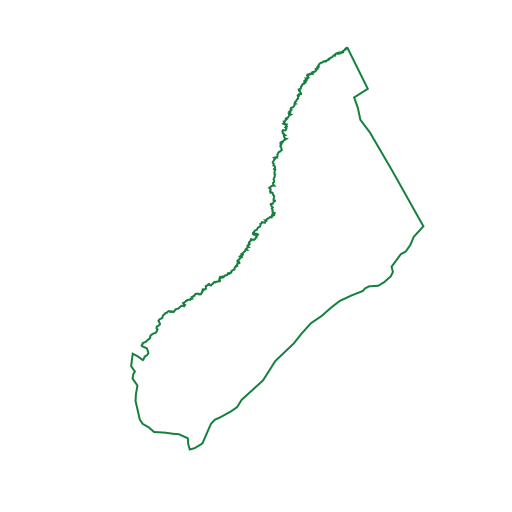 Gamboula, Mambéré-Kadéï, Central African Republic, rotated 61°
{"feature_id": "33826404B15620845480465", "entity_name": "Gamboula", "entity_type": "district", "adm_level": 2, "iso_a3": "CAF", "parent_name": "Central African Republic", "parent_adm1": "Mambéré-Kadéï", "projection": "equal_earth", "projection_center": [14.923, 4.351], "detail": "fine", "context": "isolated", "style": "outline", "palette": "green", "viewbox_px": 512, "rotation_deg": 61, "n_neighbors": 0, "source": "geoboundaries", "source_scale": "gbopen_adm2", "svg_char_len": 6125}
<svg xmlns="http://www.w3.org/2000/svg" viewBox="0 0 512 512"><g transform="rotate(61 256 256)"><path d="M374.3,410.0L382.4,404.0L387.7,406.5L393.1,407.7L394.3,403.0L394.0,393.8L380.9,376.7L379.2,371.2L379.7,366.7L379.8,353.7L379.0,345.7L374.8,338.3L368.2,310.2L357.2,290.0L350.8,265.4L346.1,254.1L341.4,240.5L340.3,227.8L337.5,215.1L335.9,204.6L336.8,191.7L338.4,179.5L337.2,176.5L337.4,171.7L341.3,163.5L341.0,156.3L339.1,147.9L336.3,144.0L331.1,142.6L324.6,128.4L324.7,122.9L321.2,115.7L315.7,108.7L311.2,95.2L248.5,95.5L203.0,96.5L187.5,98.7L176.1,95.2L164.9,93.3L164.0,77.2L118.4,75.1L118.2,75.8L117.8,76.1L118.2,77.4L118.7,77.2L118.9,77.5L118.7,78.2L119.0,80.1L119.7,80.7L119.0,81.0L119.2,81.8L119.8,81.9L119.7,82.8L119.1,83.2L119.7,83.9L119.0,85.7L118.6,85.5L118.9,86.3L118.4,86.6L118.1,87.4L117.8,87.0L117.7,87.4L118.2,89.8L118.6,89.4L119.1,89.6L118.3,91.2L119.1,93.4L118.7,94.4L119.0,96.0L118.8,96.6L119.4,96.6L119.6,97.3L119.2,99.8L119.8,100.2L119.6,101.0L118.9,101.3L118.6,102.9L118.9,103.2L118.9,104.5L118.4,105.5L119.0,108.3L119.5,108.6L120.0,109.7L120.2,109.1L121.0,109.4L121.2,110.7L121.7,111.0L121.6,111.8L121.9,111.7L121.6,113.2L122.0,113.2L121.9,112.5L122.3,112.7L122.3,113.4L122.9,113.5L123.3,114.8L122.9,116.1L123.2,116.3L122.8,116.9L123.3,117.4L122.6,117.8L123.1,118.8L123.7,118.7L123.1,119.4L123.5,120.1L123.1,120.8L123.2,121.4L122.8,121.3L122.9,122.5L122.4,122.6L122.4,123.1L122.9,123.9L125.5,123.6L125.6,124.3L125.1,125.0L125.2,125.8L124.9,126.3L125.9,126.2L126.1,127.5L126.8,126.5L127.1,127.0L126.8,127.5L127.2,127.9L127.2,128.5L127.7,128.1L128.4,128.7L128.0,130.1L128.8,130.8L128.4,131.9L128.7,132.8L129.5,133.5L129.6,134.4L131.3,135.6L131.1,137.9L132.3,138.3L133.2,137.5L135.0,138.2L135.7,137.7L136.3,138.2L135.3,140.0L135.7,141.6L136.3,141.5L136.0,140.5L136.8,140.9L137.0,142.0L138.1,142.8L138.7,142.8L139.1,144.8L140.1,145.7L140.2,147.4L141.2,148.0L142.0,147.6L141.7,148.7L143.1,149.5L143.9,151.7L143.4,153.4L143.9,154.1L144.8,154.7L145.4,154.3L146.0,157.1L146.7,156.5L147.1,157.6L147.7,156.8L148.0,156.9L148.1,158.3L148.6,158.3L149.0,159.1L148.8,158.1L149.2,157.5L149.2,159.0L150.5,161.1L150.1,162.8L150.4,163.4L151.3,163.1L151.4,164.2L152.4,165.7L152.0,166.4L152.9,166.5L153.4,168.1L154.0,167.7L154.1,167.0L154.8,167.0L155.0,166.1L155.8,166.0L156.0,165.5L156.8,166.6L157.7,166.4L157.8,167.9L159.0,167.4L160.1,168.5L160.3,169.3L159.6,170.9L159.0,171.4L159.6,172.4L160.4,172.7L161.5,173.0L162.3,172.4L163.0,172.9L164.5,171.9L164.3,173.3L166.1,173.8L167.3,173.6L168.3,172.6L168.4,176.0L169.0,177.3L168.5,178.0L168.8,179.8L169.1,179.9L169.0,179.3L169.5,178.5L169.8,180.0L170.1,180.2L170.6,179.8L171.0,180.8L171.5,180.8L172.0,181.6L172.8,181.3L175.9,182.1L176.0,183.7L176.4,184.6L176.1,185.4L176.6,186.5L177.7,188.2L178.8,188.5L180.2,189.9L179.0,191.3L178.9,192.4L179.6,191.9L180.3,192.2L180.6,193.4L182.4,196.1L184.1,195.8L185.2,196.8L185.4,196.5L187.0,196.1L188.1,196.6L188.7,198.0L189.7,197.2L191.2,198.9L192.7,199.8L193.7,199.7L193.9,200.3L195.3,200.8L197.2,203.3L199.7,204.0L200.2,204.6L200.3,205.7L201.7,206.2L203.2,206.0L202.6,206.7L202.7,207.3L202.3,208.6L202.7,209.5L202.6,210.8L202.9,211.5L204.9,210.8L206.3,212.5L207.8,212.6L207.8,211.5L208.9,210.9L210.9,211.4L212.3,211.0L215.4,213.5L216.3,213.7L216.7,212.6L217.1,212.7L217.0,213.8L218.4,216.1L217.6,217.7L217.8,218.1L220.5,218.2L221.7,217.8L222.3,219.2L224.0,219.1L224.9,220.1L226.4,219.7L227.5,218.8L228.5,220.0L228.3,220.7L227.5,220.6L227.2,221.1L228.0,222.1L229.0,221.3L228.9,223.2L229.8,223.7L228.7,225.1L229.2,226.7L228.9,228.0L229.6,229.6L229.2,230.5L230.3,230.1L230.4,231.1L231.2,232.2L229.3,234.3L230.1,235.2L230.0,236.6L231.5,237.3L232.3,238.4L232.1,240.6L233.5,242.5L233.3,243.8L233.5,245.6L234.4,246.4L234.3,247.4L235.1,247.9L235.4,247.3L236.1,247.7L236.7,247.3L236.3,245.2L236.7,244.9L237.3,245.3L237.7,244.0L238.1,243.8L238.8,245.1L239.0,246.3L240.0,246.6L240.1,247.8L240.7,248.5L241.0,249.9L240.4,250.4L240.0,251.7L239.2,251.7L238.9,252.4L240.0,252.9L240.5,255.1L241.3,256.1L241.9,256.0L242.1,255.6L242.5,255.8L242.5,256.4L243.0,257.0L242.7,257.7L242.8,258.5L243.9,258.8L244.7,258.3L244.5,259.4L245.0,261.0L246.2,260.8L245.3,262.1L246.5,263.2L246.6,265.0L247.5,266.6L247.1,267.6L247.7,268.0L248.5,267.1L248.9,267.8L248.2,268.5L248.3,269.3L249.8,269.0L249.1,270.4L250.2,270.2L251.2,274.6L251.6,274.7L251.8,274.0L252.6,274.9L253.1,273.7L254.0,273.8L254.1,274.2L253.4,275.6L254.4,276.3L254.7,277.8L255.6,277.6L255.5,279.6L255.9,280.4L257.3,281.2L257.1,284.4L258.0,285.0L258.1,286.3L258.7,286.5L258.3,287.4L258.5,288.3L257.6,288.4L257.5,288.8L258.7,290.7L258.0,292.2L258.8,294.9L258.7,295.2L258.2,294.8L257.7,295.0L257.8,296.4L256.8,297.4L257.2,297.9L257.8,297.5L258.0,298.3L258.3,298.1L258.6,299.4L260.3,299.5L260.6,300.0L259.8,300.8L259.8,302.2L259.3,303.1L259.3,304.6L258.6,304.8L258.7,306.1L259.3,307.0L259.4,308.7L260.0,309.5L259.0,310.8L257.7,310.6L257.6,311.2L258.2,313.4L258.0,314.6L260.3,315.5L260.4,317.3L259.6,318.0L259.4,318.7L260.6,319.0L260.5,320.0L261.9,320.8L262.1,322.1L262.8,322.8L262.1,324.3L261.4,324.3L260.7,324.9L260.5,326.1L259.9,326.8L260.1,328.4L261.0,329.0L260.6,330.1L261.2,331.0L260.8,332.2L262.4,332.5L261.8,333.5L262.5,334.6L261.8,335.1L261.8,335.9L261.2,337.4L261.7,338.3L261.3,339.0L261.9,340.6L261.8,342.6L263.1,342.5L264.4,341.8L265.1,343.2L263.4,345.2L264.3,349.6L263.6,352.3L264.5,353.6L264.6,354.6L265.1,355.2L264.3,355.7L264.2,356.7L263.5,356.7L263.4,358.2L262.2,358.4L261.9,359.0L262.0,360.7L262.4,361.3L262.0,363.0L262.4,363.2L262.7,365.5L263.2,366.6L264.9,368.1L264.6,370.4L264.8,371.5L265.3,372.7L268.6,372.8L269.3,373.3L269.7,375.1L269.6,377.0L270.8,378.0L272.4,377.7L274.4,380.3L274.5,381.3L274.1,383.7L274.3,386.4L275.0,387.6L275.8,387.8L276.4,388.4L276.8,389.3L276.7,390.4L277.6,394.1L277.3,397.4L278.2,398.1L278.5,399.0L279.0,399.5L279.7,399.3L283.9,396.2L288.1,397.0L289.0,397.5L289.9,399.4L290.0,402.3L290.7,402.7L292.2,405.4L286.2,408.2L281.7,411.2L291.8,418.6L298.4,418.0L299.6,420.3L303.3,423.4L311.8,422.5L318.5,427.9L324.3,431.6L342.6,436.9L347.9,436.5L354.0,432.8L360.5,430.5L366.6,420.9L371.6,414.3L374.3,410.0Z" fill="none" stroke="#15803d" stroke-width="2"/></g></svg>